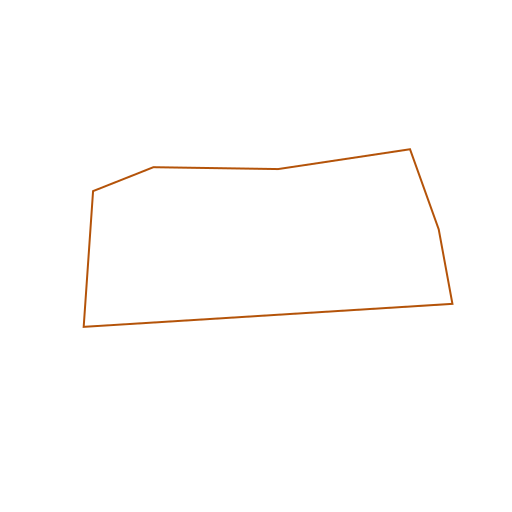 an SVG outline of Luxor, rotated 243°
{"feature_id": "EGY-5494", "entity_name": "Luxor", "entity_type": "Governorate", "adm_level": 1, "iso_a3": "EGY", "parent_name": "Egypt", "parent_adm1": "", "projection": "equal_earth", "projection_center": [32.651, 25.707], "detail": "fine", "context": "isolated", "style": "outline", "palette": "amber", "viewbox_px": 512, "rotation_deg": 243, "n_neighbors": 0, "source": "natural_earth", "source_scale": "10m", "svg_char_len": 260}
<svg xmlns="http://www.w3.org/2000/svg" viewBox="0 0 512 512"><g transform="rotate(243 256 256)"><path d="M271.1,70.3L387.8,140.3L381.7,204.9L323.4,315.2L281.2,441.7L196.8,430.9L124.2,409.3L271.1,70.3Z" fill="none" stroke="#b45309" stroke-width="2"/></g></svg>